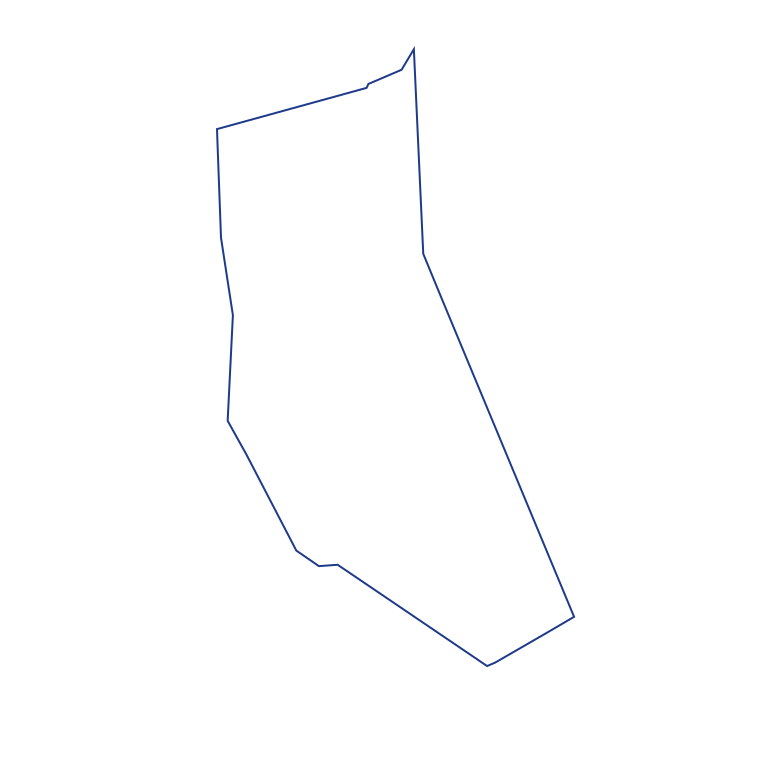 the district of Montgomery, New York, United States of America, rotated 67°
{"feature_id": "52423323B77336622441555", "entity_name": "Montgomery", "entity_type": "district", "adm_level": 2, "iso_a3": "USA", "parent_name": "United States of America", "parent_adm1": "New York", "projection": "equal_earth", "projection_center": [-74.427, 42.91], "detail": "fine", "context": "isolated", "style": "outline", "palette": "blue", "viewbox_px": 768, "rotation_deg": 67, "n_neighbors": 0, "source": "geoboundaries", "source_scale": "gbopen_adm2", "svg_char_len": 414}
<svg xmlns="http://www.w3.org/2000/svg" viewBox="0 0 768 768"><g transform="rotate(67 384 384)"><path d="M676.6,331.2L673.1,304.1L672.6,300.0L326.8,297.5L279.5,297.0L87.5,225.7L101.6,245.0L101.7,281.1L104.6,284.3L84.1,438.1L94.7,442.2L185.7,476.9L261.6,496.2L356.8,542.3L395.3,538.2L503.1,529.8L526.2,515.1L532.3,497.3L683.9,399.3L683.9,390.6L676.6,331.2Z" fill="none" stroke="#1e3a8a" stroke-width="2"/></g></svg>